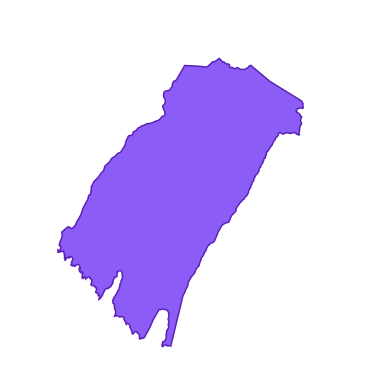 São Desidério, Bahia, Brazil, rotated 316°
{"feature_id": "56859067B26538117182500", "entity_name": "São Desidério", "entity_type": "district", "adm_level": 2, "iso_a3": "BRA", "parent_name": "Brazil", "parent_adm1": "Bahia", "projection": "orthographic", "projection_center": [-45.646, -12.88], "detail": "fine", "context": "isolated", "style": "filled", "palette": "violet", "viewbox_px": 384, "rotation_deg": 316, "n_neighbors": 0, "source": "geoboundaries", "source_scale": "gbopen_adm2", "svg_char_len": 5905}
<svg xmlns="http://www.w3.org/2000/svg" viewBox="0 0 384 384"><g transform="rotate(316 192 192)"><path d="M57.7,173.3L57.6,174.0L57.1,174.6L56.1,174.4L55.5,175.5L54.7,176.3L53.5,176.9L53.4,177.7L53.4,178.5L54.5,178.2L55.1,178.6L56.0,178.5L56.0,179.4L55.2,180.3L55.1,180.8L56.1,180.3L57.1,180.9L58.3,180.9L59.1,181.6L59.1,182.2L58.4,183.1L59.2,184.6L58.7,185.7L56.8,187.7L56.3,187.6L54.9,188.4L55.1,190.0L55.7,190.5L56.7,192.3L56.0,193.7L56.5,193.8L56.9,194.9L56.5,195.4L53.2,196.9L53.1,197.4L53.4,197.8L53.2,198.4L54.0,199.4L52.7,201.3L53.3,201.4L53.8,201.8L52.5,203.4L50.7,204.3L50.4,204.8L53.6,204.6L56.9,203.7L57.6,203.1L59.6,202.6L60.5,201.8L61.0,202.2L62.2,201.8L63.6,202.1L64.5,203.1L65.0,202.9L65.6,203.3L67.4,203.5L68.4,203.5L69.5,202.9L70.2,203.1L72.0,202.4L72.6,201.9L72.5,201.3L73.5,201.3L74.3,200.6L76.5,200.0L76.9,199.4L77.4,200.1L78.6,200.2L79.1,200.7L79.6,200.4L81.7,198.5L82.6,198.1L82.4,197.7L82.9,197.4L85.0,198.2L86.2,199.3L85.9,201.1L83.5,203.9L83.2,204.9L82.3,205.5L79.0,206.7L78.2,207.7L77.7,208.0L76.4,208.1L76.1,208.5L72.0,211.1L69.2,211.8L68.7,212.3L61.9,213.9L59.1,215.2L58.8,216.6L57.8,217.3L58.1,218.9L56.2,220.9L56.0,221.6L54.9,222.7L55.0,223.7L52.6,226.4L49.9,227.6L52.1,228.9L52.5,229.4L53.0,231.6L53.7,232.2L55.2,232.7L55.6,233.3L55.4,234.3L55.9,234.8L55.6,235.5L54.6,236.3L53.9,238.7L54.1,239.2L53.9,239.8L53.3,240.4L52.7,241.7L54.3,241.8L54.7,242.4L54.5,245.4L53.5,245.9L53.2,246.3L53.0,248.1L52.1,249.5L51.7,251.1L51.2,251.8L50.6,252.0L50.6,252.5L50.9,253.1L54.1,253.0L54.9,253.3L55.2,253.9L55.1,254.7L54.6,255.5L55.2,256.8L55.2,258.0L54.2,258.7L53.2,260.4L52.7,260.5L52.5,261.8L54.3,262.2L55.3,263.3L56.4,263.6L67.9,260.1L75.1,257.0L86.5,253.8L90.2,256.5L90.6,257.6L91.6,258.6L92.1,260.0L91.3,262.6L89.0,265.5L87.2,266.4L86.2,267.2L86.0,268.1L84.2,270.1L83.0,270.6L81.3,273.2L77.1,274.4L76.7,274.7L76.6,275.4L76.1,275.5L74.3,276.6L72.5,278.8L70.3,279.9L69.2,280.3L67.9,280.0L67.3,279.4L64.3,281.0L64.2,281.5L63.3,282.3L63.5,282.9L65.3,282.9L67.2,283.6L67.1,285.3L67.7,285.4L68.4,286.5L69.6,287.4L69.7,288.1L113.5,260.3L117.1,259.2L119.8,257.8L123.5,256.7L126.2,254.7L128.0,253.9L132.3,252.7L137.1,252.1L139.6,251.3L141.6,250.2L145.9,249.9L148.7,248.1L151.0,247.3L152.7,246.0L155.6,245.6L159.6,244.1L161.5,243.8L163.3,242.7L165.4,241.8L167.7,242.1L168.2,241.7L169.2,241.7L172.0,242.8L173.7,243.0L181.9,239.6L182.8,238.8L185.2,238.4L188.3,237.3L191.4,236.8L193.5,237.4L194.2,237.3L196.7,238.9L198.2,239.0L204.1,236.4L208.4,236.4L210.8,236.0L211.7,234.9L215.2,233.7L217.6,233.5L218.8,233.1L221.5,233.2L222.9,232.8L224.2,233.3L225.4,232.8L227.4,232.6L228.1,232.8L231.3,232.0L234.0,230.3L237.8,229.2L239.5,228.0L240.8,227.9L241.9,226.8L243.9,226.9L245.7,225.6L249.5,224.2L251.7,224.2L255.0,223.3L255.9,222.2L256.9,221.6L258.0,221.9L258.7,221.7L260.2,220.8L263.7,220.0L264.1,219.5L265.5,219.1L267.3,217.9L268.2,218.4L269.0,218.0L269.6,217.0L271.1,217.1L271.8,216.1L274.0,215.2L275.1,215.4L276.2,214.7L277.9,214.7L280.3,213.8L280.9,214.1L282.0,213.9L286.4,212.1L287.8,212.3L288.8,211.6L289.4,211.6L290.4,211.0L292.1,211.4L293.6,211.1L294.0,210.5L294.9,210.2L296.2,210.1L297.0,211.1L297.3,212.8L298.0,213.8L298.6,213.8L300.3,214.8L301.5,215.2L302.6,216.8L302.7,217.3L303.9,218.5L306.8,220.1L307.3,221.0L307.5,223.3L308.0,223.7L308.0,224.5L308.4,225.2L309.1,225.4L309.6,224.1L312.2,222.4L314.5,220.3L316.4,219.5L318.1,219.1L318.8,218.1L319.4,216.4L320.3,215.5L323.0,214.2L323.2,213.7L322.7,212.6L323.4,211.5L323.5,209.8L323.1,208.8L323.2,208.3L322.7,207.4L323.4,206.6L323.4,205.7L324.0,206.1L325.0,205.4L326.0,205.4L326.9,206.2L328.4,206.8L329.8,208.8L331.1,208.1L331.8,206.6L333.2,205.7L334.1,202.8L324.8,166.3L322.3,141.8L320.9,141.1L318.5,141.5L317.1,140.8L316.6,140.9L314.8,140.4L314.0,139.2L312.3,138.0L311.3,134.6L310.6,133.6L310.1,133.4L308.7,133.5L308.3,133.2L307.4,130.3L307.1,129.8L306.1,129.6L305.9,129.1L306.0,127.9L307.0,127.1L307.3,126.0L307.2,125.3L306.6,125.1L305.4,122.7L305.4,120.9L305.1,120.2L304.1,119.6L304.6,117.5L304.3,116.6L304.6,115.0L298.6,113.9L297.7,112.8L290.3,112.6L288.8,111.8L284.2,106.2L274.6,95.9L259.0,100.4L257.3,100.5L255.8,99.6L253.0,100.7L252.3,101.1L251.5,102.2L250.1,102.7L248.9,102.5L247.8,103.0L246.3,103.0L242.7,100.8L241.4,100.7L238.8,102.5L237.7,104.2L236.9,106.5L235.5,108.7L232.7,109.8L230.9,109.6L230.3,110.2L229.9,110.8L228.2,115.3L226.4,117.6L225.7,117.8L224.9,117.8L223.1,116.9L219.9,117.3L217.3,117.0L214.9,115.7L211.5,114.6L209.8,113.7L206.9,111.5L204.1,110.8L202.0,109.6L199.8,109.3L197.8,108.5L194.5,108.9L191.3,108.0L189.3,109.4L188.3,109.5L187.8,109.3L186.4,107.9L184.9,107.6L183.0,108.5L181.0,109.0L176.3,111.8L168.8,113.7L167.4,113.5L165.1,112.6L161.0,113.0L159.0,112.2L157.1,112.1L153.6,113.1L147.9,112.8L145.4,113.9L144.7,114.5L142.5,115.3L140.3,115.2L134.3,116.3L128.3,116.4L126.1,117.4L123.1,118.2L122.5,119.2L117.3,123.2L116.2,122.7L114.5,123.1L113.2,124.2L111.6,125.0L102.5,127.9L96.3,131.1L92.5,132.4L88.4,133.3L86.8,134.3L84.7,134.9L83.2,135.1L80.1,134.9L79.8,134.3L79.5,132.3L78.4,130.8L70.9,130.4L70.3,130.6L69.2,132.0L69.1,132.7L67.9,133.4L67.4,134.0L64.8,135.1L64.6,135.6L63.6,135.6L61.8,136.8L61.3,136.8L59.5,138.1L60.0,138.7L59.4,139.4L59.3,141.3L57.8,141.3L57.2,141.7L57.1,142.3L55.9,142.6L55.5,142.0L55.3,140.6L54.2,141.8L54.5,142.4L53.9,142.5L54.3,143.0L56.0,143.4L56.5,143.6L56.7,144.3L58.7,145.3L57.2,147.4L57.0,148.8L56.5,148.7L56.0,149.1L56.1,149.6L55.6,150.0L55.7,150.7L55.1,151.0L54.5,150.7L54.3,151.7L53.3,152.6L53.5,153.1L55.3,152.5L56.4,152.5L57.2,153.3L57.8,152.9L58.8,153.0L58.8,153.7L58.4,154.2L59.9,154.5L60.5,155.7L59.9,157.1L58.6,158.0L56.3,158.9L56.1,160.0L54.6,160.2L54.2,160.8L54.7,161.4L54.5,162.0L55.2,162.6L56.0,162.4L56.0,163.8L56.6,163.9L56.9,164.4L58.0,164.0L58.8,164.3L59.7,164.9L60.0,165.5L59.6,167.6L58.9,169.1L58.3,169.1L57.9,168.4L57.2,169.1L57.5,169.4L57.3,170.6L56.1,170.5L55.9,172.6L57.1,172.8L57.7,173.3Z" fill="#8b5cf6" stroke="#5b21b6" stroke-width="1.5"/></g></svg>